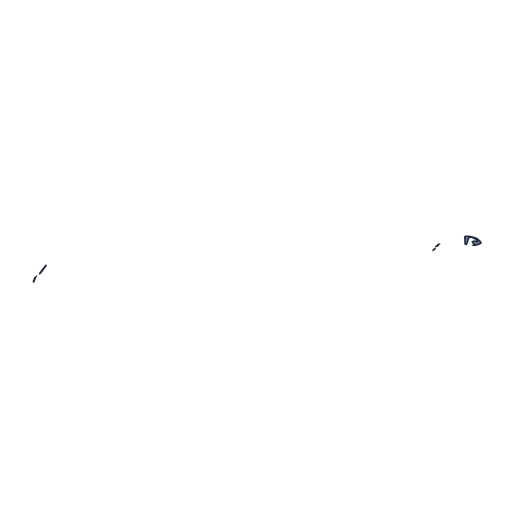 the District of Bimini, rotated 79°
{"feature_id": "BHS-5039", "entity_name": "Bimini", "entity_type": "District", "adm_level": 1, "iso_a3": "BHS", "parent_name": "The Bahamas", "parent_adm1": "", "projection": "orthographic", "projection_center": [-79.337, 24.634], "detail": "fine", "context": "isolated", "style": "filled", "palette": "slate", "viewbox_px": 512, "rotation_deg": 79, "n_neighbors": 0, "source": "natural_earth", "source_scale": "10m", "svg_char_len": 702}
<svg xmlns="http://www.w3.org/2000/svg" viewBox="0 0 512 512"><g transform="rotate(79 256 256)"><path d="M286.2,32.6L286.9,34.7L287.4,38.8L286.9,40.5L286.5,39.6L285.4,40.2L283.2,40.9L282.9,39.1L284.1,36.1L283.4,35.2L281.1,37.5L279.8,39.1L278.8,40.6L278.4,43.2L280.3,44.7L283.0,45.9L284.8,47.4L284.1,48.5L279.3,47.7L277.2,47.6L276.6,46.8L277.1,43.9L278.5,40.2L280.8,36.0L284.2,33.2L286.2,32.6ZM230.2,469.1L232.1,471.6L231.8,471.7L224.6,463.6L225.6,464.2L230.2,469.1ZM239.0,479.1L238.4,479.4L235.0,477.0L234.6,476.2L239.0,479.1ZM279.3,74.8L279.4,74.1L281.0,76.3L280.9,77.1L279.3,74.8ZM282.9,78.9L283.3,79.0L284.1,80.9L283.7,80.8L282.9,78.9Z" fill="#64748b" stroke="#1e293b" stroke-width="1.5"/></g></svg>